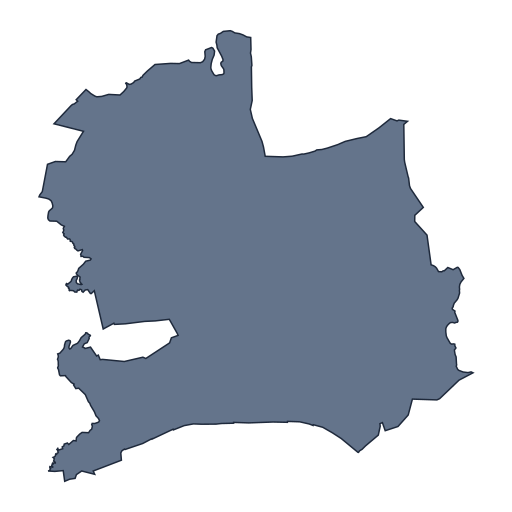 Lendžu pag., Rezeknes, Latvia
{"feature_id": "27541924B30394779880329", "entity_name": "Lendžu pag.", "entity_type": "district", "adm_level": 2, "iso_a3": "LVA", "parent_name": "Latvia", "parent_adm1": "Rezeknes", "projection": "mercator", "projection_center": [27.481, 56.572], "detail": "fine", "context": "isolated", "style": "filled", "palette": "slate", "viewbox_px": 512, "rotation_deg": 0, "n_neighbors": 0, "source": "geoboundaries", "source_scale": "gbopen_adm2", "svg_char_len": 5786}
<svg xmlns="http://www.w3.org/2000/svg" viewBox="0 0 512 512"><path d="M54.0,123.8L83.5,131.3L77.1,141.6L75.8,145.1L74.5,150.3L72.1,154.3L69.7,156.3L65.7,161.8L55.4,161.5L47.5,164.3L42.3,191.6L39.8,194.9L39.0,196.8L45.7,198.1L48.7,199.0L51.0,200.6L52.1,202.8L52.8,205.6L52.7,207.1L52.3,208.2L49.3,210.8L48.6,212.0L48.0,215.4L47.8,218.0L48.4,219.7L49.9,221.0L56.7,221.2L61.3,224.9L64.4,226.3L63.3,228.2L63.3,228.9L63.8,229.8L63.7,230.6L62.8,232.6L64.1,233.8L63.6,235.0L64.2,236.1L65.5,237.2L66.4,237.3L67.6,239.0L69.4,238.9L70.1,239.4L70.3,241.3L71.7,241.5L72.5,242.1L73.0,243.5L73.7,243.8L73.9,244.6L73.8,245.1L74.7,246.4L74.8,246.8L74.4,247.2L74.6,247.6L74.4,247.8L74.9,248.6L75.9,249.1L76.9,250.2L78.0,250.9L82.3,249.6L82.6,250.6L80.6,254.3L80.9,254.9L81.0,256.4L82.9,256.3L84.0,257.3L89.4,257.6L91.1,258.9L90.3,260.1L85.7,261.2L83.4,264.2L78.7,268.4L78.0,270.6L77.0,272.3L76.3,272.8L76.3,273.7L77.5,275.1L80.1,277.1L79.8,279.1L79.9,279.4L79.6,279.6L79.6,280.8L79.8,281.0L80.0,282.1L81.9,284.3L81.1,284.6L77.5,283.8L76.3,282.5L76.2,280.3L76.9,279.2L77.5,277.5L77.0,276.1L73.5,276.8L72.5,278.0L71.6,279.6L71.5,280.5L70.8,281.6L67.8,284.1L67.0,284.2L67.0,283.7L66.6,283.5L66.1,284.1L65.9,285.0L67.8,286.9L68.4,287.0L68.9,288.1L68.6,288.4L69.3,289.1L69.1,290.2L69.5,290.7L70.4,290.4L73.5,290.7L74.7,292.0L76.8,292.1L77.4,290.3L77.8,290.0L78.8,290.4L79.4,290.0L79.6,289.4L80.4,289.3L81.6,289.9L81.9,291.4L83.1,292.2L85.2,290.0L87.7,289.6L90.4,293.5L91.2,293.6L94.3,290.7L103.2,329.0L113.9,323.2L114.4,324.4L125.5,323.8L144.7,321.4L155.2,320.9L169.3,319.3L177.3,333.5L178.1,335.4L171.4,337.8L169.6,342.9L145.8,358.5L142.9,357.2L124.3,361.5L102.6,359.4L100.2,359.7L98.3,355.1L96.6,356.0L90.5,347.1L85.0,348.5L84.7,348.0L82.5,347.0L84.3,343.8L87.2,342.6L89.2,338.5L89.0,337.6L89.1,337.0L90.4,335.7L90.2,335.2L88.2,334.2L87.5,333.2L86.2,332.7L85.7,332.8L85.5,333.7L84.7,334.6L81.2,337.6L79.3,341.0L77.5,343.3L73.0,345.4L70.7,348.6L69.7,349.0L68.9,347.8L69.0,346.5L70.5,342.0L70.1,340.7L68.7,340.2L66.3,341.0L65.5,341.8L64.5,345.1L64.5,346.3L64.0,348.0L63.2,349.4L59.8,353.2L57.7,353.9L58.2,355.4L58.3,357.0L57.5,359.3L58.1,360.6L58.3,363.0L58.2,364.2L58.4,365.0L58.2,366.7L57.7,367.3L57.7,368.1L58.5,369.6L59.5,374.8L60.4,375.8L65.5,375.6L65.9,376.6L71.4,382.6L74.1,384.1L73.6,385.0L75.8,388.6L78.7,388.2L85.3,394.6L88.4,401.7L89.8,403.2L90.6,405.4L94.4,411.8L96.0,415.8L98.5,418.5L99.5,420.7L98.7,422.0L97.4,422.6L94.7,423.5L92.2,423.4L91.7,424.7L92.4,426.0L91.7,429.2L90.1,430.4L88.6,432.7L82.1,432.4L79.7,434.1L76.8,437.1L76.4,437.9L76.1,440.9L73.4,440.5L68.8,444.5L67.4,443.0L64.2,444.1L63.9,445.9L62.2,446.9L62.7,448.7L58.5,450.1L57.8,448.4L56.9,449.5L57.5,450.1L58.2,452.3L57.9,452.9L57.0,453.3L56.6,454.3L55.7,454.0L55.3,456.0L54.5,456.8L53.0,457.4L54.3,458.7L53.6,461.1L54.4,461.4L55.3,462.5L55.3,463.0L53.9,462.9L53.2,463.8L52.8,463.0L52.6,463.0L51.7,465.7L52.8,466.9L52.7,467.2L49.9,466.6L49.8,467.8L50.6,468.7L50.0,469.3L50.0,470.3L48.1,471.0L54.8,471.4L63.2,470.6L64.7,481.3L69.7,479.2L75.1,478.4L76.4,474.6L81.7,471.0L94.7,474.3L93.2,471.0L121.4,460.2L120.8,452.9L121.9,450.8L124.4,449.1L125.0,449.5L142.7,443.5L150.9,439.2L152.3,438.7L152.3,439.0L173.1,429.2L173.4,429.9L184.2,425.6L193.4,423.9L201.7,424.2L216.1,424.1L221.3,423.5L233.6,423.2L233.6,422.4L248.8,422.9L273.0,422.0L287.4,422.3L287.5,421.4L299.7,421.8L309.3,424.0L313.1,425.5L313.3,424.7L322.8,427.3L332.4,432.8L341.2,438.5L357.9,452.3L358.5,452.4L359.6,450.8L362.1,449.3L365.5,445.9L378.3,435.1L380.2,426.2L379.9,423.7L382.4,422.6L385.2,430.7L398.0,426.5L408.2,415.0L412.4,399.1L436.9,399.9L439.6,398.7L459.1,380.1L473.0,372.8L471.1,371.9L468.0,372.6L463.1,372.0L458.7,370.3L457.7,369.4L456.2,366.2L456.7,364.9L456.5,364.2L456.1,356.9L455.1,354.5L454.5,350.9L454.5,349.7L455.7,348.5L455.9,347.8L454.9,346.0L454.8,344.2L453.8,343.9L451.4,344.1L450.1,343.1L447.0,337.7L446.3,335.9L445.8,332.0L445.8,328.7L446.4,327.0L447.4,325.4L448.8,323.9L450.4,322.6L452.5,322.4L454.7,323.0L455.9,322.4L457.4,322.2L457.9,321.4L457.9,320.4L454.7,312.3L455.0,311.1L452.4,309.3L452.2,308.1L453.2,306.7L453.2,306.0L454.2,303.2L457.0,299.9L458.0,298.2L459.6,293.0L459.4,290.5L459.6,289.3L459.4,287.0L459.8,284.4L461.0,282.0L463.9,278.4L462.1,275.4L459.8,269.6L458.2,267.5L457.3,267.3L453.1,269.7L447.8,267.5L444.3,270.8L443.2,270.8L441.8,271.8L438.5,271.6L436.6,268.2L435.4,266.9L433.6,265.7L431.1,264.8L427.0,235.1L414.7,221.5L414.8,215.3L423.3,207.4L410.5,188.5L409.5,185.7L408.6,178.0L408.1,176.7L404.7,162.3L404.3,159.5L403.8,124.4L407.5,121.3L398.8,120.1L397.0,120.9L390.6,118.6L378.9,127.9L366.2,136.7L357.1,138.5L345.2,141.4L337.5,144.7L327.3,148.1L321.9,149.5L316.8,149.9L315.0,151.1L309.1,152.9L303.7,154.1L302.0,154.0L292.2,156.2L283.0,156.9L265.2,156.3L263.5,147.0L262.0,141.4L252.4,118.5L250.3,109.4L252.2,100.5L251.7,87.4L251.4,66.9L251.9,65.5L251.3,56.7L250.5,53.1L251.0,49.5L250.7,37.5L246.7,36.9L243.0,34.9L239.4,33.6L234.8,32.9L232.3,31.4L230.3,30.7L223.3,31.4L220.4,33.4L218.3,34.1L217.0,35.7L216.1,42.1L216.9,45.2L217.2,47.8L221.7,56.2L223.0,59.5L222.9,61.0L221.1,62.4L220.8,63.7L221.3,65.6L223.6,68.9L223.9,69.9L224.0,73.1L223.6,73.9L222.2,74.6L219.0,74.9L216.5,75.7L215.3,75.5L214.0,74.7L211.7,70.8L211.0,68.9L210.8,67.5L211.2,63.6L212.3,59.3L214.1,55.1L214.6,51.1L212.9,48.2L211.6,47.5L205.6,49.8L204.8,51.7L205.2,56.4L204.6,59.2L202.7,61.7L200.5,62.7L191.5,62.5L189.5,61.3L188.6,60.1L179.4,63.6L170.6,63.4L155.0,64.5L147.4,71.0L143.0,75.3L142.1,77.1L140.9,77.4L139.7,79.0L134.6,81.1L133.7,82.5L131.1,84.1L129.2,84.4L126.4,82.8L125.8,83.1L125.7,83.4L126.5,84.2L126.8,85.2L127.0,86.6L126.8,87.8L123.8,91.5L120.0,95.0L108.7,94.4L101.8,96.4L96.8,96.8L94.9,96.1L90.7,93.5L88.9,91.8L86.0,89.5L76.2,99.7L77.7,101.2L74.3,103.9L72.4,104.5L70.9,105.8L54.0,123.8Z" fill="#64748b" stroke="#1e293b" stroke-width="1.5"/></svg>